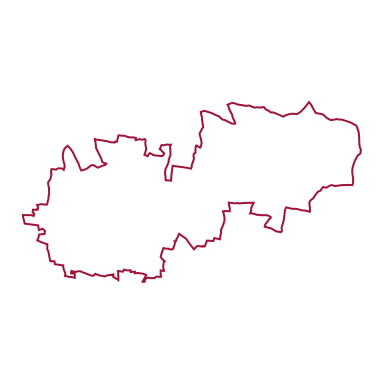 Temozón, Yucatán, Mexico (Albers equal-area conic projection)
{"feature_id": "50627088B86560413355092", "entity_name": "Temozón", "entity_type": "district", "adm_level": 2, "iso_a3": "MEX", "parent_name": "Mexico", "parent_adm1": "Yucatán", "projection": "albers", "projection_center": [-88.068, 20.894], "detail": "fine", "context": "isolated", "style": "outline", "palette": "rose", "viewbox_px": 384, "rotation_deg": 0, "n_neighbors": 0, "source": "geoboundaries", "source_scale": "gbopen_adm2", "svg_char_len": 5991}
<svg xmlns="http://www.w3.org/2000/svg" viewBox="0 0 384 384"><path d="M39.0,230.1L42.5,228.7L45.0,231.0L44.5,234.0L39.1,234.5L38.5,237.5L37.3,240.4L42.3,242.6L47.4,244.3L47.2,249.0L47.6,250.0L48.2,250.8L50.2,260.9L50.8,260.9L51.2,261.5L52.6,261.2L54.5,261.3L54.8,264.2L63.3,265.4L63.2,266.8L63.8,269.6L65.3,273.2L65.4,274.5L65.0,276.0L66.9,276.2L68.7,276.9L71.5,277.0L74.8,277.8L74.8,275.8L74.6,273.5L73.2,273.5L73.2,273.0L71.6,273.4L71.0,273.4L71.0,272.7L71.4,271.0L75.4,272.0L77.4,271.4L80.1,271.2L83.1,272.5L86.3,273.6L87.5,274.2L90.8,275.4L92.4,275.7L93.8,275.6L94.2,275.0L95.4,273.8L96.2,274.3L99.0,275.1L99.5,275.5L102.3,275.9L104.3,276.5L106.7,275.6L109.4,275.0L112.0,275.0L112.1,274.5L113.4,274.4L113.2,276.8L117.3,279.3L118.3,280.1L118.4,278.0L118.1,271.0L123.0,271.7L124.0,269.6L127.0,270.4L130.7,270.3L130.6,272.0L134.9,271.7L134.9,273.3L137.6,273.0L141.7,273.5L143.3,273.8L146.1,274.9L146.3,275.2L144.4,278.4L142.6,281.7L143.7,281.9L144.7,281.7L145.1,278.7L146.4,278.5L148.0,277.5L149.7,278.0L151.9,278.2L153.2,278.0L154.1,278.3L154.6,278.1L155.9,276.8L156.4,276.7L161.1,276.8L160.6,273.8L160.7,270.4L163.9,271.0L163.7,269.5L163.2,267.8L163.2,266.3L163.9,261.2L164.4,261.1L162.7,259.5L160.6,257.0L162.3,251.0L163.0,249.5L163.4,248.1L166.1,248.7L167.9,248.6L171.5,249.6L171.9,249.5L173.3,248.6L173.5,248.3L173.6,246.8L174.1,246.1L174.8,244.0L174.9,242.6L174.7,241.9L174.9,242.0L175.4,240.7L176.1,240.9L176.7,238.4L177.9,237.0L178.2,236.3L178.2,235.5L179.1,233.8L185.9,238.6L191.0,245.6L194.0,249.3L196.8,246.4L197.8,246.0L202.5,246.6L202.6,246.1L204.7,246.5L207.0,240.6L213.4,241.0L214.3,238.1L217.4,238.7L219.8,239.4L220.1,238.6L220.3,235.8L221.2,232.4L220.9,230.2L223.1,225.3L224.4,220.8L224.5,217.7L223.5,212.9L222.9,211.3L225.2,211.1L229.7,211.3L229.9,209.3L229.8,208.1L229.1,205.6L228.8,202.6L234.7,203.3L235.8,203.3L238.0,203.0L238.8,203.5L243.5,203.0L253.7,202.7L253.1,204.2L252.4,205.0L251.4,207.5L250.9,211.6L250.1,213.4L251.4,213.3L254.8,214.1L257.3,214.9L259.2,214.9L260.6,215.3L261.5,215.1L264.2,215.3L265.9,215.1L268.1,215.6L269.2,216.0L270.9,217.3L270.1,218.5L269.0,219.3L267.0,222.2L265.9,223.5L265.1,225.0L264.7,226.7L271.3,228.5L276.5,231.5L280.9,232.1L281.9,231.0L281.6,227.4L282.9,223.5L283.8,220.0L284.7,212.9L284.7,211.2L285.9,207.8L286.2,207.4L291.7,208.7L293.9,208.9L295.5,208.7L297.8,209.2L301.7,210.3L305.2,210.6L307.1,211.0L309.8,211.8L310.0,209.9L309.9,209.1L309.9,207.5L309.4,204.6L309.5,201.9L310.6,200.3L311.7,199.4L312.2,199.2L313.4,197.9L314.2,196.8L314.7,195.7L315.2,195.3L317.7,192.0L318.4,191.5L320.1,190.9L321.0,190.1L321.1,189.6L323.0,187.0L325.3,187.6L326.2,187.6L327.6,187.0L329.3,185.9L330.9,185.3L332.1,185.1L334.9,186.1L341.8,185.1L344.3,185.1L347.4,184.9L352.3,185.1L352.7,184.2L352.9,183.1L353.3,182.0L353.0,180.5L353.2,178.5L352.7,176.0L352.2,171.9L352.4,168.4L353.6,164.2L354.9,160.6L357.8,155.4L358.3,154.9L359.3,154.5L360.4,153.4L360.6,152.6L360.5,151.6L361.0,150.0L360.0,147.7L359.4,144.9L359.1,136.7L358.8,132.8L356.6,125.9L350.5,122.4L341.5,119.5L339.5,119.6L337.0,119.1L334.2,119.6L331.4,120.1L330.5,120.0L327.0,118.1L325.8,117.1L325.2,116.3L322.5,114.2L317.3,113.3L315.6,112.8L312.1,106.7L312.1,106.3L311.4,105.1L309.1,102.1L304.1,108.3L300.7,111.7L297.5,113.9L297.1,114.1L292.3,113.7L289.5,114.1L285.6,115.3L283.8,116.3L283.4,116.7L274.6,112.9L272.8,112.4L270.8,112.4L268.0,110.4L265.5,109.3L264.9,108.1L264.4,107.8L264.0,107.2L262.7,107.0L261.3,107.6L256.5,107.3L254.5,107.6L251.9,106.8L251.4,106.2L248.9,105.5L246.3,105.9L237.3,104.4L236.0,103.8L233.4,103.0L230.8,103.3L227.6,104.7L228.4,106.0L228.4,106.7L228.9,107.4L229.3,109.5L232.2,114.8L232.4,116.7L234.8,122.0L235.2,123.6L234.9,123.7L233.6,123.8L231.0,123.3L229.2,122.2L227.2,121.4L225.7,120.3L224.9,120.2L222.0,119.3L220.9,118.0L219.9,117.4L218.8,116.2L216.0,115.2L211.2,112.9L204.3,110.8L200.8,112.0L201.4,115.5L201.8,116.4L202.3,121.2L202.8,124.9L203.3,126.4L203.3,127.1L202.0,128.7L201.3,130.5L199.7,133.1L199.7,134.5L201.2,140.0L201.6,143.4L200.6,147.0L200.0,147.7L198.3,146.5L196.3,145.5L195.7,146.5L195.8,147.5L195.4,149.3L195.4,152.8L195.0,152.7L193.8,153.9L193.5,155.5L193.7,157.4L194.0,158.2L193.6,159.9L191.7,165.3L191.7,167.0L191.0,168.7L187.1,167.8L172.6,165.8L171.3,176.0L171.2,180.7L168.0,180.4L165.7,180.3L165.4,175.9L165.0,173.9L165.0,172.5L165.5,169.2L168.0,163.8L168.5,162.4L168.7,160.2L169.2,158.6L169.7,157.5L169.7,156.5L170.6,154.9L170.4,152.0L170.4,149.1L170.1,148.9L170.0,148.1L170.1,146.9L170.8,144.7L169.1,144.9L167.8,144.5L166.1,144.7L163.4,145.3L161.7,145.0L161.0,146.1L160.5,147.7L159.7,149.1L161.1,150.1L162.8,152.1L164.0,153.0L164.1,153.3L163.8,154.6L162.1,156.1L154.3,155.3L153.0,154.9L151.6,153.9L149.6,153.2L147.9,155.5L147.6,156.2L144.4,154.7L145.3,152.7L145.6,151.0L146.3,149.2L145.4,144.5L145.3,143.0L145.6,141.1L145.2,139.2L144.5,139.2L142.6,139.6L140.6,139.5L139.7,139.1L135.6,140.1L135.8,137.9L132.6,137.3L131.4,137.5L127.6,137.0L126.2,136.3L123.9,135.7L122.5,135.7L118.6,135.3L117.7,138.3L117.1,141.6L115.2,141.6L115.1,142.3L114.7,142.5L110.6,142.2L107.8,141.4L104.1,140.7L96.2,139.6L94.9,139.0L94.9,140.1L95.5,142.1L96.1,148.1L101.2,158.4L102.1,161.8L104.4,163.1L106.4,163.7L106.1,164.2L104.7,165.2L103.6,165.3L97.8,167.7L94.2,165.5L93.2,165.1L91.9,165.1L89.8,166.3L89.5,166.7L86.2,169.1L81.3,170.5L80.0,168.0L78.5,163.7L74.9,156.7L72.8,152.2L70.8,149.1L67.6,145.8L64.7,148.4L63.5,151.1L62.9,154.5L62.8,156.6L62.9,157.5L63.2,159.7L64.0,163.1L64.5,164.3L64.5,165.9L64.7,167.1L64.4,167.5L63.7,169.8L62.9,168.9L61.4,168.4L58.4,168.3L57.4,168.7L56.0,169.6L53.4,169.2L51.4,169.2L51.0,172.3L51.5,174.7L51.1,175.6L50.8,177.7L50.1,179.6L48.1,182.3L48.4,185.7L49.0,187.9L48.9,189.8L49.2,193.0L48.6,196.3L48.4,199.3L47.9,200.5L47.3,203.8L46.9,204.6L44.1,204.5L41.7,204.1L37.1,205.0L38.1,207.6L37.8,209.4L36.8,209.2L36.4,209.9L33.0,209.7L32.6,212.3L34.2,213.5L33.6,216.0L32.5,215.4L31.3,215.2L29.5,215.1L27.5,215.2L23.0,215.0L23.1,216.9L24.7,223.6L38.2,225.4L38.7,228.9L39.0,230.1Z" fill="none" stroke="#9f1239" stroke-width="2"/></svg>